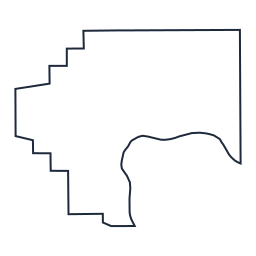 outline of Jefferson, Indiana, United States of America
{"feature_id": "52423323B82585243463531", "entity_name": "Jefferson", "entity_type": "district", "adm_level": 2, "iso_a3": "USA", "parent_name": "United States of America", "parent_adm1": "Indiana", "projection": "mercator", "projection_center": [-85.425, 38.75], "detail": "fine", "context": "isolated", "style": "outline", "palette": "slate", "viewbox_px": 256, "rotation_deg": 0, "n_neighbors": 0, "source": "geoboundaries", "source_scale": "gbopen_adm2", "svg_char_len": 858}
<svg xmlns="http://www.w3.org/2000/svg" viewBox="0 0 256 256"><path d="M127.0,30.4L118.3,30.4L83.4,30.8L83.8,48.5L66.8,48.6L66.8,65.9L49.4,65.9L49.6,83.6L15.4,88.9L15.6,136.1L32.9,140.2L33.1,153.2L50.5,153.3L50.7,170.8L68.1,170.9L68.5,214.2L102.8,213.8L102.9,222.5L111.2,226.1L134.7,226.0L131.1,218.9L130.5,216.8L129.9,214.6L129.6,211.7L129.5,198.5L130.3,188.6L129.9,182.4L127.0,175.9L122.0,168.8L121.6,167.0L121.3,164.5L121.8,160.6L123.6,152.4L125.1,150.0L128.2,146.2L130.3,142.2L132.0,140.4L137.7,137.2L140.2,136.3L142.8,135.8L147.7,136.5L160.9,139.7L164.8,139.8L165.1,139.8L170.5,139.1L175.5,137.8L179.2,136.4L180.3,136.1L191.8,133.1L199.7,132.7L206.1,133.4L209.8,134.2L213.9,135.4L219.7,139.0L221.6,142.3L223.3,144.6L229.2,154.8L231.5,157.5L235.2,160.8L239.3,163.0L240.6,163.5L239.9,29.9L127.0,30.4Z" fill="none" stroke="#1e293b" stroke-width="2"/></svg>